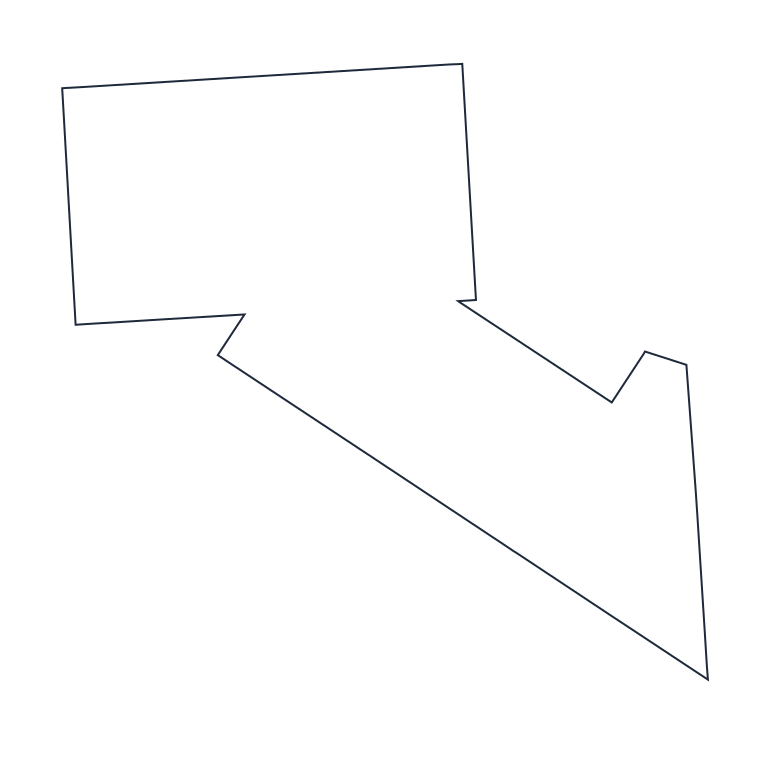 the district of General Belgrano, Chaco, Argentina, rotated 356°
{"feature_id": "61730980B57634400026456", "entity_name": "General Belgrano", "entity_type": "district", "adm_level": 2, "iso_a3": "ARG", "parent_name": "Argentina", "parent_adm1": "Chaco", "projection": "mercator", "projection_center": [-61.053, -26.902], "detail": "fine", "context": "isolated", "style": "outline", "palette": "slate", "viewbox_px": 768, "rotation_deg": 356, "n_neighbors": 0, "source": "geoboundaries", "source_scale": "gbopen_adm2", "svg_char_len": 690}
<svg xmlns="http://www.w3.org/2000/svg" viewBox="0 0 768 768"><g transform="rotate(356 384 384)"><path d="M687.1,587.0L687.4,541.4L687.5,511.2L687.0,386.0L646.6,369.8L645.2,372.0L609.9,418.3L466.1,308.4L463.8,306.5L475.9,306.6L481.6,306.6L482.5,231.0L484.4,70.1L480.9,70.1L471.3,69.8L447.5,69.6L257.3,68.0L196.0,67.5L99.6,66.7L86.5,66.5L83.6,66.5L83.2,98.9L82.1,182.2L80.5,303.4L100.9,303.5L115.7,303.7L166.5,304.1L249.7,304.9L244.7,311.5L243.2,313.4L220.2,343.6L229.8,351.0L356.2,447.9L360.8,451.4L370.3,458.7L494.6,554.3L501.9,560.0L503.4,561.0L507.2,563.9L596.0,632.2L605.2,639.2L686.5,701.5L686.4,688.8L686.7,651.9L687.1,587.0Z" fill="none" stroke="#1e293b" stroke-width="2"/></g></svg>